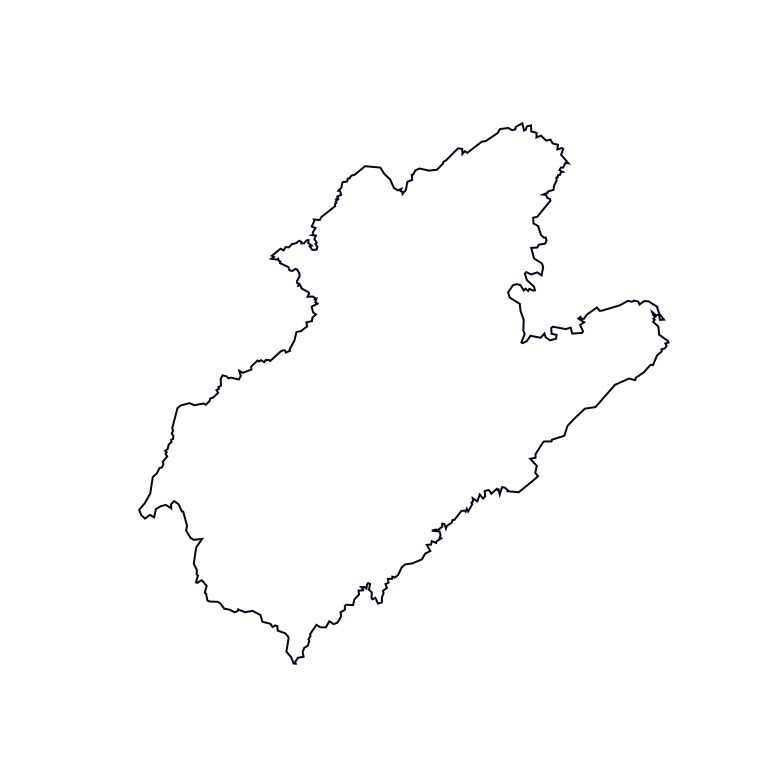 outline of Tuzantla, Michoacán, Mexico, rotated 240°
{"feature_id": "50627088B6449807032479", "entity_name": "Tuzantla", "entity_type": "district", "adm_level": 2, "iso_a3": "MEX", "parent_name": "Mexico", "parent_adm1": "Michoacán", "projection": "orthographic", "projection_center": [-100.59, 19.224], "detail": "fine", "context": "isolated", "style": "outline", "palette": "ink", "viewbox_px": 768, "rotation_deg": 240, "n_neighbors": 0, "source": "geoboundaries", "source_scale": "gbopen_adm2", "svg_char_len": 6166}
<svg xmlns="http://www.w3.org/2000/svg" viewBox="0 0 768 768"><g transform="rotate(240 384 384)"><path d="M540.8,626.7L538.9,625.2L539.7,621.9L543.6,619.6L546.8,611.9L544.5,607.9L543.5,593.5L545.0,589.9L542.5,571.7L545.3,570.4L544.0,566.9L548.5,569.3L551.1,565.9L546.6,549.3L546.8,546.6L545.4,545.4L543.1,537.0L546.3,529.7L552.9,522.4L553.3,518.0L550.8,514.0L551.2,512.6L546.7,510.5L547.4,505.3L541.1,500.0L539.3,495.1L541.2,495.9L542.7,494.8L544.3,496.7L544.8,492.8L548.8,490.6L558.0,491.6L565.8,489.3L573.3,489.0L582.1,476.5L579.9,463.3L580.8,460.0L579.3,456.9L580.0,455.3L577.8,453.4L579.5,449.0L575.4,445.3L574.1,441.1L572.9,442.4L569.2,441.4L569.7,437.3L568.2,437.3L568.0,435.3L566.8,436.3L566.3,433.4L564.7,433.3L564.3,431.5L562.5,430.7L559.9,413.2L558.1,410.3L561.5,405.6L560.3,405.5L556.5,400.2L553.3,402.6L550.9,398.1L548.9,397.6L549.0,395.9L546.6,399.2L544.2,396.1L540.0,396.5L539.6,394.6L536.0,394.9L534.1,392.8L535.9,389.0L540.3,388.5L539.9,390.6L543.9,388.9L546.4,390.6L547.1,388.7L545.8,384.9L547.1,382.7L548.4,383.6L550.4,382.2L549.9,378.2L551.1,374.6L550.0,369.7L551.8,367.4L549.9,363.9L552.9,362.1L551.1,351.0L549.0,352.2L548.8,349.0L545.3,353.4L545.4,355.0L542.9,354.5L541.9,355.5L540.6,354.4L533.0,359.7L529.9,358.9L527.7,361.1L527.9,365.0L526.7,365.9L522.4,366.1L519.5,364.8L516.6,360.0L514.7,359.3L513.4,360.6L512.0,359.0L511.7,360.8L507.7,360.5L501.2,364.6L499.9,364.6L497.8,361.4L495.3,366.1L492.8,367.4L492.2,366.6L491.8,368.2L489.3,365.5L486.8,366.6L487.1,359.9L481.4,358.4L478.2,359.8L477.3,355.2L474.5,353.1L476.2,347.5L472.3,346.3L471.3,338.5L472.8,334.2L466.4,328.1L461.1,319.5L459.8,319.2L460.3,314.7L462.5,315.1L463.5,314.0L463.9,311.0L460.8,296.9L462.0,296.7L463.9,293.6L462.8,291.1L466.1,289.4L466.1,286.8L467.6,286.2L465.4,277.5L462.8,276.4L464.3,267.3L467.8,265.3L462.5,264.0L460.5,260.6L466.2,254.4L466.6,252.2L469.4,251.5L472.2,248.5L470.0,245.1L464.1,242.0L464.1,239.1L462.4,238.8L462.5,235.9L459.4,236.0L457.7,229.4L458.3,226.4L456.4,224.2L455.1,219.2L457.3,218.0L460.5,209.1L464.6,206.1L467.0,197.6L466.4,193.1L451.7,178.6L449.1,178.0L447.3,175.4L444.4,175.7L442.0,173.9L442.0,171.7L440.0,170.9L439.3,167.4L435.8,164.0L435.6,161.0L433.5,161.7L432.9,160.0L429.6,160.0L427.3,153.5L425.0,153.0L422.8,150.1L423.5,147.6L420.1,142.5L419.0,137.2L406.0,126.8L400.4,117.3L397.4,109.0L391.7,108.2L386.9,109.8L387.7,115.7L383.5,118.3L389.7,123.9L389.8,129.4L388.4,134.6L382.6,137.6L386.2,139.3L387.6,143.7L382.5,146.0L374.6,145.2L373.9,146.3L359.6,142.5L356.1,139.4L347.5,139.5L344.2,141.3L340.8,149.0L336.3,139.6L323.5,129.4L316.4,128.9L312.8,126.6L311.1,127.1L306.2,122.0L305.2,122.8L305.2,128.1L297.9,129.5L292.8,124.4L291.2,125.0L284.8,122.8L282.8,124.2L278.5,131.1L275.7,132.6L269.3,133.3L265.7,137.5L261.0,140.5L260.5,143.7L261.7,145.0L255.7,149.7L253.3,156.7L245.7,161.5L238.9,159.8L233.2,165.7L229.3,166.0L229.2,169.3L227.8,170.5L223.5,168.7L217.5,173.8L213.4,174.7L211.7,174.4L200.9,165.6L194.0,167.0L187.1,166.0L185.9,167.7L187.9,168.4L189.9,172.6L188.0,178.0L192.6,179.5L195.4,183.1L195.5,187.2L198.7,190.8L200.7,190.9L202.5,194.4L204.3,194.9L209.2,205.1L205.1,207.2L202.3,212.1L205.9,218.0L201.2,220.4L200.6,224.4L204.2,230.8L208.0,232.1L208.0,237.3L211.5,239.2L211.6,241.0L208.0,246.7L212.2,250.6L214.2,257.1L217.8,258.8L215.8,262.5L216.4,263.4L219.6,262.7L217.9,265.6L215.7,266.6L218.9,269.1L219.5,270.8L217.8,272.0L213.3,268.1L209.6,269.2L204.7,266.1L203.3,266.4L203.1,269.6L196.9,269.0L195.9,273.0L200.1,275.4L203.1,279.1L205.3,279.5L206.0,284.6L210.0,285.2L209.6,288.6L213.4,289.9L211.2,293.4L213.0,294.9L211.0,296.5L211.5,300.6L216.4,307.7L217.2,312.1L214.4,319.1L213.2,329.3L216.5,334.7L216.2,340.6L223.3,340.6L221.4,344.4L224.0,346.8L220.3,349.7L221.5,350.7L221.8,356.3L223.0,355.3L224.9,357.4L228.5,358.4L233.0,352.1L232.1,356.1L230.6,357.4L231.3,363.0L233.9,364.5L232.6,366.2L227.8,365.3L229.7,367.4L230.0,373.2L232.0,375.4L231.1,376.9L235.4,387.6L233.9,390.5L232.6,390.9L234.5,393.3L231.5,393.1L235.8,400.3L237.4,400.3L238.1,402.6L240.8,403.7L235.7,406.2L240.4,411.7L235.2,412.5L236.1,415.4L241.0,417.7L239.8,421.7L235.7,422.4L235.1,421.1L236.8,429.2L235.3,429.3L235.4,430.5L230.4,429.0L235.6,434.7L234.0,436.7L229.9,438.2L229.3,437.4L222.9,446.6L226.3,467.6L227.2,471.3L231.4,470.6L236.7,475.4L246.2,473.2L244.3,478.3L247.5,480.2L253.9,492.4L254.1,494.0L250.5,500.3L251.8,501.5L249.0,514.2L256.0,522.1L258.9,531.8L262.2,545.6L258.3,555.7L267.8,583.7L266.2,598.8L261.7,603.6L263.5,605.1L264.2,614.9L267.4,624.5L265.8,626.3L272.2,634.7L273.4,641.0L275.3,641.6L274.4,645.0L275.8,647.9L278.4,647.9L277.6,651.1L279.3,651.4L289.1,646.9L296.5,650.3L303.3,648.2L304.3,650.5L306.0,649.9L306.6,652.7L309.2,651.5L312.4,652.2L307.5,654.0L306.7,656.9L301.6,655.0L299.8,658.6L307.4,657.5L314.3,658.9L313.2,659.8L323.4,654.4L325.7,650.8L325.1,645.0L328.3,645.4L331.3,642.1L331.2,640.0L334.1,636.6L334.2,627.8L338.5,609.6L339.5,607.4L343.8,606.6L342.7,594.4L340.5,589.8L341.9,587.3L343.9,587.7L343.5,585.0L337.4,588.2L337.2,583.4L330.1,582.7L329.2,581.1L333.6,572.2L339.5,573.8L340.6,569.0L349.3,558.7L348.8,556.8L343.7,554.2L340.3,558.0L337.2,555.6L338.8,549.6L343.7,547.4L347.5,548.2L345.7,542.8L352.5,535.0L349.7,528.9L350.1,524.4L351.3,523.8L356.9,530.8L360.8,531.5L369.6,537.0L379.1,538.8L385.6,541.7L395.9,536.1L401.3,537.3L405.1,545.0L404.0,549.1L401.5,551.6L395.2,551.8L395.8,554.2L392.5,555.3L393.7,557.5L390.2,560.0L389.7,561.6L393.2,562.6L402.7,559.7L409.2,561.2L409.7,563.2L405.4,566.1L404.0,572.6L399.3,574.8L405.8,580.4L409.5,581.0L417.8,576.7L428.3,579.6L425.6,584.9L427.2,587.9L425.0,593.7L426.7,596.3L429.8,597.3L430.7,595.7L434.5,594.5L443.8,596.4L448.3,593.7L453.4,596.3L452.2,600.4L459.6,619.8L461.3,620.2L463.3,618.5L466.7,618.8L468.5,616.5L467.8,621.4L468.8,622.0L467.4,628.0L470.5,630.1L473.8,635.2L476.6,636.5L476.1,637.7L477.9,639.2L477.1,641.0L478.8,642.7L478.2,644.9L481.6,642.9L483.0,645.6L481.9,647.3L484.8,651.7L482.8,654.1L494.0,652.0L498.0,656.8L499.3,656.3L500.5,651.4L504.2,654.3L508.0,650.3L512.4,650.4L513.7,646.1L520.5,644.2L521.3,639.3L525.1,641.8L529.1,637.8L534.4,640.6L535.7,636.6L533.3,633.9L533.4,632.1L540.6,634.1L540.8,626.7Z" fill="none" stroke="#020617" stroke-width="2"/></g></svg>